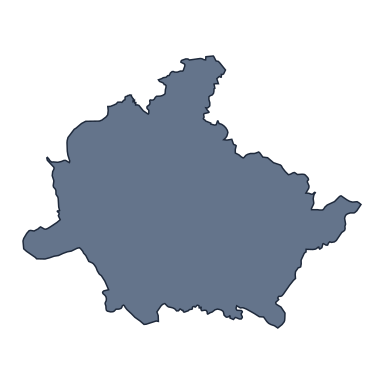 Ha Hoa, Phú Thọ, Vietnam (orthographic projection)
{"feature_id": "81297802B43584820413656", "entity_name": "Ha Hoa", "entity_type": "district", "adm_level": 2, "iso_a3": "VNM", "parent_name": "Vietnam", "parent_adm1": "Phú Thọ", "projection": "orthographic", "projection_center": [105.009, 21.586], "detail": "fine", "context": "isolated", "style": "filled", "palette": "slate", "viewbox_px": 384, "rotation_deg": 0, "n_neighbors": 0, "source": "geoboundaries", "source_scale": "gbopen_adm2", "svg_char_len": 5962}
<svg xmlns="http://www.w3.org/2000/svg" viewBox="0 0 384 384"><path d="M277.8,328.0L282.1,324.5L284.1,321.9L284.6,320.6L284.8,318.7L285.0,313.1L281.0,307.1L276.4,304.3L276.0,303.8L275.7,302.4L278.7,299.6L277.7,298.0L278.6,296.4L280.8,296.3L282.0,295.7L283.4,294.1L289.6,285.2L293.5,280.3L295.5,278.5L295.2,274.8L295.5,271.7L298.3,267.7L299.5,267.5L300.7,266.8L301.2,263.9L301.1,260.4L301.3,259.7L304.2,253.4L305.3,252.3L306.0,252.0L306.1,249.3L312.8,249.5L315.1,249.2L316.4,248.6L318.1,247.2L318.8,247.1L319.1,248.4L319.8,249.1L321.9,247.6L322.9,243.8L323.4,243.6L326.0,245.1L327.6,245.1L328.4,243.2L329.7,241.8L331.4,242.4L334.4,241.9L336.3,240.5L341.7,232.5L344.1,230.8L344.8,230.0L345.1,228.5L344.9,226.4L345.6,224.1L344.6,218.3L345.2,216.2L346.1,214.8L347.6,213.8L350.4,212.9L354.1,212.9L355.0,212.4L356.8,210.8L361.0,204.5L358.8,202.7L357.1,201.7L352.6,202.1L349.8,201.4L347.0,199.9L341.2,195.9L340.3,196.0L339.1,196.9L334.5,201.6L327.2,205.0L324.8,207.2L323.9,208.8L322.9,209.8L322.1,210.0L319.5,210.0L317.6,209.7L311.5,209.7L311.5,208.4L313.4,204.5L313.8,203.1L313.2,198.7L313.6,196.3L314.1,194.4L315.3,192.7L314.8,192.3L314.3,192.5L312.8,194.0L312.2,194.2L311.4,194.2L308.9,193.3L305.9,193.1L308.7,188.3L309.0,186.9L308.9,185.6L307.3,182.0L307.4,180.9L308.5,179.8L308.3,178.7L307.8,177.7L305.3,175.0L304.2,174.4L302.2,174.2L297.4,174.5L294.7,172.6L294.2,172.5L292.8,172.9L290.2,174.3L288.4,174.7L285.3,171.6L282.5,168.0L281.4,165.9L280.4,165.0L273.5,162.7L267.6,157.7L262.8,157.1L259.8,152.9L258.7,152.0L255.5,153.2L254.2,153.5L250.4,153.5L247.7,154.3L245.9,155.3L243.8,157.7L243.1,157.9L241.3,156.9L239.0,154.9L235.3,153.0L235.3,149.4L236.2,145.8L235.5,145.1L233.8,144.5L233.3,143.7L231.8,139.3L226.9,140.1L223.7,139.7L225.7,137.8L226.9,136.0L227.9,132.5L227.3,130.3L225.7,127.7L223.8,125.8L221.6,124.3L219.1,123.5L217.9,120.9L217.5,121.0L216.2,124.7L214.7,125.1L210.8,124.1L210.8,123.1L205.6,121.0L205.0,120.1L203.7,119.3L203.3,118.7L204.1,117.1L203.7,115.2L203.7,114.2L204.3,113.6L208.4,112.6L209.0,112.2L208.8,111.7L207.2,110.0L205.9,107.8L207.1,108.0L207.8,107.8L209.5,106.3L209.8,105.5L209.8,102.7L208.9,99.5L208.9,96.8L210.2,95.7L212.3,94.9L213.5,93.3L213.9,91.4L214.0,88.9L214.9,88.3L214.0,84.1L215.6,83.7L218.4,83.7L216.8,78.7L219.3,76.4L220.8,77.2L221.3,77.1L221.3,74.4L222.5,74.5L223.6,73.9L225.5,70.0L219.7,62.8L218.3,61.4L216.2,61.0L215.8,60.5L213.8,56.6L213.3,56.0L205.9,56.7L205.6,59.9L204.0,59.7L201.9,58.7L200.2,58.5L189.4,60.0L188.0,59.0L185.8,58.9L181.8,60.3L181.0,61.2L180.9,62.2L184.4,64.0L184.9,64.9L184.7,66.4L183.2,70.6L182.4,71.1L180.2,71.1L177.2,72.2L174.7,72.1L173.3,71.5L172.1,71.6L170.5,72.9L169.2,75.5L167.6,75.7L166.2,77.2L163.2,77.7L161.8,78.6L158.4,79.8L159.5,81.4L162.7,82.7L163.7,83.5L164.2,84.6L165.2,84.7L166.0,85.5L166.0,87.3L165.4,89.5L165.1,93.5L164.5,94.3L162.4,95.5L160.4,96.1L156.5,96.3L155.2,97.5L154.3,99.2L153.1,100.0L151.7,100.2L150.7,99.9L149.9,100.2L149.7,101.0L150.0,102.5L149.8,104.1L149.2,104.9L147.1,106.5L146.9,107.5L147.1,108.5L148.8,110.3L148.8,113.3L148.4,114.0L147.8,113.9L143.3,110.8L138.9,105.4L137.3,104.9L135.6,105.0L135.8,102.7L134.7,102.9L134.5,100.3L133.1,101.7L133.0,101.3L133.4,99.0L133.1,98.5L132.5,98.1L132.2,97.3L131.3,96.2L131.4,95.2L129.9,94.9L128.9,95.5L128.1,95.4L127.3,96.1L126.1,96.4L125.1,97.1L125.0,99.7L123.7,100.3L121.8,102.4L120.3,102.1L117.7,102.2L116.2,103.9L113.9,105.0L110.4,106.4L107.8,106.5L108.2,110.5L107.7,114.9L106.0,117.0L101.9,120.1L99.3,121.1L85.7,121.3L81.5,123.5L76.1,128.1L74.2,129.3L68.0,137.5L67.2,140.5L67.0,142.7L67.3,151.2L67.9,155.1L69.7,160.8L69.6,162.1L69.3,162.6L65.6,160.4L64.0,160.4L61.4,161.5L57.8,162.3L52.9,161.9L52.0,162.2L50.0,160.8L48.7,158.8L47.4,157.4L46.8,157.9L47.3,160.2L53.8,167.2L54.1,168.1L53.7,169.7L52.7,171.5L52.2,175.7L53.7,180.2L53.8,181.4L53.2,185.6L53.5,187.0L55.3,189.1L55.9,190.5L56.0,194.3L57.9,197.2L58.2,198.7L58.7,207.0L59.6,210.6L59.1,210.9L57.6,210.9L57.3,211.2L57.4,211.6L58.8,212.8L59.1,213.5L59.1,214.1L58.3,215.7L60.2,219.7L56.9,222.5L50.6,226.7L47.8,228.4L45.9,229.2L44.3,229.0L40.6,226.9L39.3,227.7L38.4,228.7L34.1,231.0L30.6,230.4L29.1,230.7L26.8,233.3L23.7,238.5L23.0,241.0L23.7,248.8L26.5,251.3L35.6,257.6L36.5,258.8L45.0,259.0L49.8,257.7L54.1,256.2L58.5,255.5L63.0,253.4L67.4,251.8L71.3,251.1L77.0,248.3L79.4,247.7L80.8,248.9L82.7,251.2L83.6,253.1L85.8,255.5L88.8,261.4L92.2,262.9L93.3,263.7L94.4,265.0L96.0,267.4L97.3,270.8L98.9,273.5L99.4,274.2L101.4,275.7L104.9,281.2L108.6,289.7L103.8,290.9L102.9,291.7L102.6,292.5L103.0,293.6L104.9,295.3L105.9,296.6L106.4,298.7L106.2,300.8L105.3,302.5L105.1,303.7L105.9,306.1L106.0,308.3L106.3,310.0L106.7,310.6L107.6,311.2L110.7,311.9L113.0,311.7L114.2,311.1L116.0,309.2L118.9,309.1L121.0,308.4L121.8,307.4L122.2,306.0L123.4,305.1L124.3,305.6L125.2,307.3L126.9,309.5L131.5,313.8L134.9,317.3L140.1,321.0L144.0,324.4L146.2,324.2L156.2,321.0L158.4,321.4L158.2,315.6L156.9,311.9L161.0,305.9L162.6,304.4L164.4,303.6L164.9,303.6L167.4,306.2L168.5,306.9L172.6,307.8L174.7,308.8L176.6,310.9L178.5,310.8L180.0,309.0L180.6,309.1L181.7,310.1L183.0,310.4L183.2,311.4L183.7,312.0L184.5,312.1L188.4,310.7L189.4,309.6L192.0,309.2L192.3,308.8L192.4,307.4L192.8,306.8L194.1,306.4L195.1,307.1L195.5,307.0L196.8,305.5L197.5,305.2L198.9,305.7L199.2,307.9L199.9,307.9L200.8,307.2L201.2,307.3L200.9,308.8L201.3,310.2L201.8,310.7L204.7,310.2L206.3,310.5L207.1,311.7L207.3,313.7L207.8,314.1L210.2,312.7L212.2,312.0L215.0,309.8L217.4,309.1L219.2,309.4L221.4,310.1L223.0,311.3L223.4,312.0L224.1,315.2L225.9,316.9L226.7,317.2L227.8,317.0L228.8,316.7L229.5,315.9L229.9,315.9L230.1,316.2L230.0,318.0L233.4,319.5L235.3,317.5L235.9,317.5L239.4,319.0L241.2,319.0L242.3,317.6L242.2,316.3L241.5,315.4L241.2,313.8L242.3,312.1L242.3,311.4L241.3,310.5L237.2,310.3L236.8,310.0L236.1,308.8L236.1,307.8L236.7,305.8L240.3,307.9L242.9,307.7L246.5,309.1L254.3,313.5L259.3,316.7L263.6,317.0L266.8,321.5L268.6,323.3L270.8,324.5L274.4,325.7L277.8,328.0Z" fill="#64748b" stroke="#1e293b" stroke-width="1.5"/></svg>